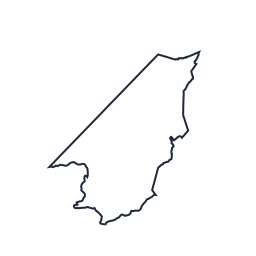 Mâncio Lima, Acre, Brazil, rotated 294°
{"feature_id": "56859067B52831070472146", "entity_name": "Mâncio Lima", "entity_type": "district", "adm_level": 2, "iso_a3": "BRA", "parent_name": "Brazil", "parent_adm1": "Acre", "projection": "mercator", "projection_center": [-73.421, -7.452], "detail": "fine", "context": "isolated", "style": "outline", "palette": "slate", "viewbox_px": 256, "rotation_deg": 294, "n_neighbors": 0, "source": "geoboundaries", "source_scale": "gbopen_adm2", "svg_char_len": 4023}
<svg xmlns="http://www.w3.org/2000/svg" viewBox="0 0 256 256"><g transform="rotate(294 128 128)"><path d="M207.4,125.6L191.3,119.7L187.3,118.2L182.3,116.4L164.2,109.8L161.4,108.8L143.4,102.2L98.6,85.9L72.6,76.4L70.8,75.8L60.4,72.0L61.2,73.2L62.0,74.2L61.7,75.2L63.1,76.8L63.6,77.0L64.3,77.5L64.4,78.4L64.7,79.3L66.2,80.4L67.3,82.2L67.8,85.0L68.0,86.1L68.3,86.6L69.1,87.6L69.7,88.1L71.7,89.0L73.1,89.9L74.8,92.2L74.6,93.3L74.5,94.4L74.4,95.9L74.4,97.5L75.2,99.2L76.4,100.6L76.9,101.4L77.2,102.2L77.0,103.6L76.4,104.6L75.5,105.5L75.1,106.5L74.0,107.7L72.3,108.7L69.3,110.1L68.0,110.6L66.6,110.7L67.2,109.7L67.2,108.5L66.3,108.1L65.6,108.1L64.0,108.8L62.8,109.5L61.6,110.1L60.9,109.7L59.4,109.0L57.9,108.7L56.9,108.7L55.9,108.9L53.7,110.2L52.2,110.6L51.7,111.4L50.9,114.2L50.4,115.0L49.8,115.6L49.3,115.8L48.2,116.4L46.0,115.7L44.9,116.0L42.8,115.7L42.2,115.2L41.3,113.7L39.3,111.5L38.6,111.5L37.4,113.0L35.9,110.5L34.8,110.3L34.0,110.7L33.6,111.4L33.4,112.8L34.1,113.5L34.3,114.5L34.8,115.7L36.4,118.5L37.6,120.9L39.4,123.3L39.9,127.9L40.4,129.3L40.8,129.9L41.2,130.1L39.6,132.1L39.1,133.7L39.0,134.9L37.6,138.0L37.3,139.0L36.4,140.2L34.7,140.5L33.1,141.0L32.3,141.1L30.3,140.9L29.6,141.7L29.8,143.0L30.1,144.8L31.0,146.7L32.5,146.6L33.2,146.9L34.9,148.4L36.1,150.0L37.5,152.0L38.3,152.6L39.1,153.6L40.7,154.4L42.5,155.9L43.0,156.3L45.1,156.7L46.3,157.4L46.6,158.0L46.6,160.6L46.8,161.4L47.8,162.5L48.8,164.0L51.4,165.1L51.8,165.0L52.6,164.6L53.3,164.6L53.8,165.1L54.3,166.8L55.4,168.1L56.5,170.8L57.2,171.6L58.3,172.2L59.2,172.5L63.0,172.4L67.3,173.7L68.0,174.0L70.4,174.3L71.8,175.7L73.4,176.7L74.8,177.9L76.1,178.3L77.6,179.1L78.1,180.5L81.1,175.3L99.1,172.5L100.9,172.2L102.8,171.9L104.6,171.8L105.2,172.4L106.1,172.8L106.7,172.8L107.3,173.0L107.7,173.3L108.4,173.9L109.0,174.6L109.5,174.6L110.0,174.5L110.5,174.9L111.0,175.3L111.3,175.7L111.6,176.2L112.2,176.6L112.6,177.1L113.1,177.6L113.4,178.3L113.8,178.5L114.4,178.7L115.4,178.8L116.0,179.1L116.6,179.7L117.0,180.2L117.6,180.3L118.2,180.1L118.7,179.9L119.4,179.7L119.9,179.5L120.3,179.3L120.9,179.0L121.7,178.9L122.2,178.6L122.5,178.1L123.1,177.9L123.5,177.5L124.3,177.0L125.5,177.0L126.2,176.9L126.7,176.6L127.3,176.3L128.0,176.4L128.9,176.8L129.3,177.0L129.8,177.1L130.1,176.6L130.5,176.3L131.2,176.0L131.2,175.4L131.5,174.8L131.8,174.1L132.5,173.6L133.3,173.6L133.9,173.0L134.3,172.3L134.8,172.0L135.2,171.6L135.5,170.9L136.2,170.5L137.1,170.8L137.5,171.2L137.2,171.7L137.0,172.3L136.6,173.0L136.1,173.5L135.6,174.1L135.4,174.6L135.5,175.1L136.0,175.3L136.5,175.5L137.0,175.7L137.7,176.2L138.3,176.5L138.9,176.6L139.4,176.9L140.0,177.2L140.6,177.7L141.0,178.0L141.4,178.3L141.6,178.9L141.6,179.6L141.7,180.2L141.5,180.9L141.1,181.3L150.1,184.0L151.3,182.9L156.3,178.4L159.8,175.3L161.0,174.1L161.4,173.8L161.8,173.5L162.6,173.0L168.8,170.3L174.9,167.8L182.1,164.9L183.6,164.1L184.6,163.7L185.1,164.0L185.8,164.4L186.6,164.5L187.4,164.7L188.3,164.7L188.8,164.7L189.6,164.6L190.4,164.8L191.0,164.8L191.9,164.8L192.6,164.9L193.1,165.1L193.7,165.2L194.4,165.2L195.1,165.6L195.6,165.9L196.4,166.2L196.9,166.4L197.4,166.5L197.8,166.5L198.4,166.5L199.0,166.9L199.4,167.3L200.2,167.0L200.8,166.7L201.2,166.3L202.0,165.7L202.6,165.2L203.1,164.6L203.7,164.2L204.3,163.8L204.7,163.4L205.1,163.0L205.6,162.7L214.2,164.4L214.1,163.8L214.3,163.2L214.5,162.6L215.2,162.0L215.8,161.9L216.3,161.9L216.6,162.4L217.1,162.4L217.6,162.5L218.3,162.5L218.9,162.6L219.6,162.7L220.2,162.7L221.0,162.6L221.8,162.6L222.3,162.7L223.1,162.8L224.1,162.4L225.3,162.0L225.9,162.1L226.4,162.1L225.6,161.3L225.2,161.0L219.9,156.1L217.3,153.5L216.5,152.9L216.0,152.5L216.3,152.1L215.7,151.9L215.3,151.3L214.9,150.7L214.4,150.4L214.1,150.1L213.7,149.6L213.9,149.1L213.5,148.3L213.1,147.8L213.0,147.2L212.7,146.7L212.4,146.0L211.5,146.1L210.8,145.6L210.7,144.9L210.7,144.2L210.3,143.7L209.7,143.2L209.6,142.6L209.6,141.9L209.5,141.2L209.3,140.2L209.3,139.6L209.2,139.1L209.1,138.5L208.9,137.1L208.8,135.8L208.4,132.9L208.0,129.6L207.4,125.6Z" fill="none" stroke="#1e293b" stroke-width="2"/></g></svg>